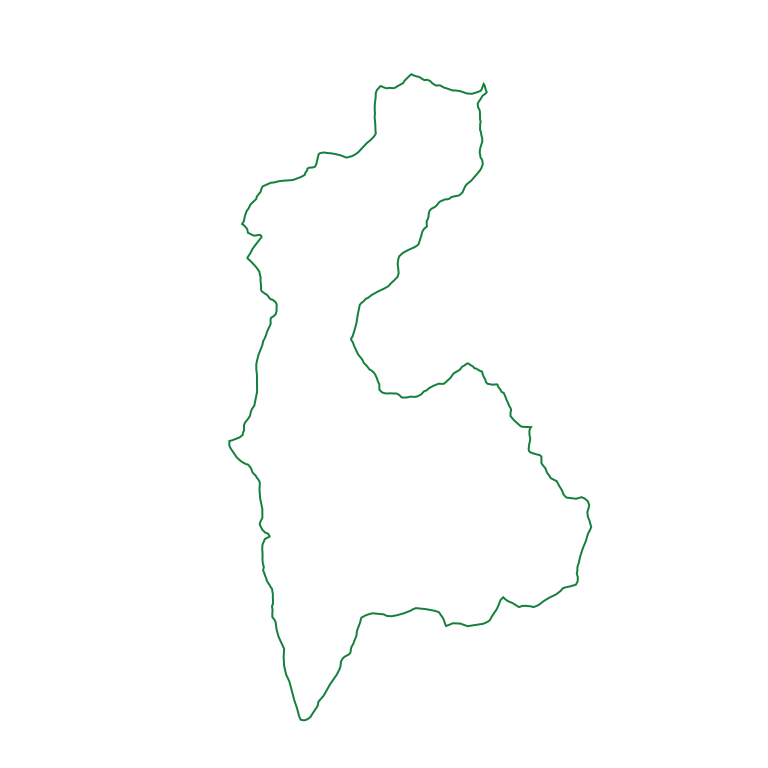 outline of Dangchhu, Wangdi Phodrang, Bhutan, rotated 155°
{"feature_id": "84629894B29332894979808", "entity_name": "Dangchhu", "entity_type": "district", "adm_level": 2, "iso_a3": "BTN", "parent_name": "Bhutan", "parent_adm1": "Wangdi Phodrang", "projection": "natural_earth1", "projection_center": [90.174, 27.6], "detail": "fine", "context": "isolated", "style": "outline", "palette": "green", "viewbox_px": 768, "rotation_deg": 155, "n_neighbors": 0, "source": "geoboundaries", "source_scale": "gbopen_adm2", "svg_char_len": 6166}
<svg xmlns="http://www.w3.org/2000/svg" viewBox="0 0 768 768"><g transform="rotate(155 384 384)"><path d="M261.7,655.5L263.0,654.7L266.1,653.5L268.5,651.2L270.6,647.0L274.2,641.3L276.5,636.5L277.6,633.6L279.9,629.4L281.8,623.9L285.1,616.1L285.4,614.7L286.6,613.7L288.5,612.5L293.1,610.8L297.8,609.6L309.2,605.0L312.1,604.4L316.2,604.0L321.4,604.8L322.5,605.2L326.9,609.8L330.9,612.9L334.4,615.4L337.8,617.3L340.9,619.4L344.5,620.2L346.1,619.9L352.2,612.2L354.4,610.2L356.6,610.2L360.5,611.7L362.3,611.6L363.1,610.4L364.4,609.5L366.2,608.5L367.4,607.0L371.5,606.7L379.8,607.3L382.9,608.3L389.3,610.8L394.0,612.3L398.4,613.1L401.6,614.2L410.5,614.4L412.8,612.5L414.6,610.3L419.8,607.8L421.8,605.6L429.0,603.2L432.8,600.2L435.3,598.9L439.1,595.0L442.2,590.8L445.0,589.0L443.7,586.6L442.5,582.4L443.4,578.6L439.2,573.4L433.5,571.6L432.6,570.0L432.9,568.9L442.9,563.8L446.5,561.7L450.0,558.9L453.9,556.6L454.6,555.6L452.6,550.7L451.2,546.5L450.2,542.7L449.5,538.5L450.3,535.6L450.8,532.6L452.0,530.5L454.1,524.4L455.6,521.5L455.6,519.6L453.6,516.1L452.3,514.2L451.2,509.1L449.2,507.2L447.6,503.9L447.6,501.5L450.7,495.3L452.7,493.0L456.0,491.9L458.4,491.8L459.8,490.0L461.2,486.5L468.2,480.5L470.0,478.4L472.9,475.7L475.4,473.9L477.8,470.7L485.2,463.7L489.2,458.9L491.4,455.9L493.6,451.1L495.1,446.4L502.3,430.6L510.8,419.1L514.2,417.2L516.3,415.2L518.9,411.8L521.1,410.3L526.4,407.7L528.4,405.7L530.4,401.1L531.9,400.0L533.6,397.6L537.6,396.6L545.9,397.2L548.2,397.7L550.2,393.6L550.2,390.4L548.4,379.4L546.0,373.9L543.3,370.1L541.3,368.4L540.2,364.3L540.5,359.1L539.0,355.1L538.8,352.4L538.3,350.6L538.1,348.5L538.4,346.7L541.6,340.6L544.6,332.6L547.1,322.1L550.8,314.1L553.9,311.7L555.7,309.9L556.0,308.5L555.9,303.2L554.3,299.3L552.5,297.6L552.0,295.0L552.2,294.0L555.1,294.0L557.7,293.7L559.5,291.9L560.8,290.9L562.3,289.4L564.4,285.3L565.0,283.4L566.4,280.2L568.4,276.1L569.6,272.8L570.3,268.8L572.3,266.3L572.5,262.3L572.8,261.0L572.8,257.7L573.2,256.4L573.3,254.6L572.6,249.6L572.6,248.2L572.1,245.7L573.6,240.3L575.0,237.5L576.0,234.8L577.8,231.3L578.8,230.7L579.7,229.3L580.3,226.7L582.5,222.6L583.7,219.9L583.1,217.6L582.8,215.1L583.0,213.7L585.1,206.9L586.4,199.2L586.4,186.3L590.5,178.6L593.6,170.8L595.5,162.2L595.5,154.3L599.0,135.0L599.8,127.2L601.3,119.0L601.4,115.0L598.8,113.0L596.4,112.5L593.8,112.7L590.7,113.6L588.9,115.0L580.3,120.2L577.6,123.8L570.3,127.1L560.0,134.5L549.6,140.6L544.5,144.6L542.5,146.9L540.3,150.6L537.1,152.9L534.8,153.5L530.5,153.7L528.2,154.5L525.2,158.8L523.7,160.1L521.4,161.6L520.1,163.2L516.6,166.3L514.9,168.2L513.0,171.5L506.3,178.1L504.5,180.5L503.2,181.8L498.5,182.1L494.4,181.7L491.2,181.0L481.7,175.4L479.4,172.6L475.5,170.4L469.8,168.9L462.8,167.8L456.0,167.3L453.1,167.6L449.8,167.4L441.4,162.4L433.7,156.9L430.7,154.0L429.4,146.2L430.0,140.6L430.0,138.4L422.5,138.0L416.1,134.6L410.6,129.2L395.3,124.7L390.5,124.7L387.9,125.2L384.3,127.9L377.1,132.2L373.6,135.2L369.6,139.0L366.1,140.3L365.1,137.7L363.5,134.9L360.0,131.0L356.0,124.8L352.0,124.3L349.4,123.1L344.7,120.3L343.0,118.7L340.3,118.4L337.0,118.4L330.7,119.8L324.4,120.5L320.0,120.5L316.5,120.7L311.5,121.8L308.2,123.3L305.6,123.0L301.3,122.0L294.9,121.0L291.9,123.3L290.0,126.9L289.4,130.8L288.2,132.2L285.8,136.7L283.0,139.7L279.3,144.5L273.8,150.5L267.1,156.7L262.5,162.0L259.1,164.6L256.7,166.7L255.5,173.4L255.4,177.1L253.9,182.0L251.1,184.9L249.1,187.7L248.9,191.9L250.4,195.2L252.7,197.9L258.4,198.8L266.4,203.8L267.2,205.2L268.0,208.2L267.6,211.9L268.3,218.0L268.5,222.8L272.7,228.3L272.8,230.4L273.6,234.0L273.6,237.6L273.3,239.1L274.7,244.5L274.7,245.9L272.0,251.6L272.8,253.6L277.4,257.4L280.1,260.1L280.8,261.5L280.5,263.8L278.1,267.7L275.8,270.7L274.5,272.8L273.8,275.9L272.4,279.4L271.2,281.2L269.0,282.8L276.3,286.5L277.9,287.9L279.6,291.7L281.7,296.9L282.9,301.5L281.4,304.7L279.7,306.8L279.5,308.7L279.8,310.9L279.6,313.9L279.6,318.0L279.3,322.0L279.3,325.4L280.8,327.1L280.9,330.0L281.6,332.7L281.5,335.6L282.5,336.3L285.6,337.3L290.0,340.4L290.8,342.4L290.3,345.6L290.6,347.8L290.4,350.9L289.9,353.8L291.7,355.6L294.0,359.1L295.4,360.1L295.9,362.2L297.6,364.6L299.1,367.2L300.9,367.4L303.2,366.8L306.0,366.6L309.5,364.8L315.8,364.3L317.2,363.8L321.3,361.4L327.1,359.6L329.6,358.9L331.4,359.6L334.4,361.2L340.1,361.5L344.8,361.2L348.4,360.2L350.6,360.5L354.8,358.8L358.9,358.7L360.9,359.0L365.4,361.4L368.8,362.1L373.1,363.9L373.7,364.7L375.1,368.1L376.8,370.2L378.7,371.0L381.2,372.4L386.3,374.6L389.1,376.9L390.6,380.7L389.1,384.1L388.3,386.1L388.5,387.9L388.0,392.4L388.0,396.4L388.4,398.8L389.8,401.8L391.1,403.5L391.3,404.9L392.2,408.5L393.3,411.2L393.4,415.4L394.8,421.0L395.0,423.1L395.0,431.3L394.6,435.0L395.1,437.9L394.7,439.0L392.5,440.3L388.5,444.6L382.9,451.3L379.0,457.2L372.6,465.9L370.8,466.8L367.2,467.7L364.9,468.8L361.8,468.9L357.3,469.9L349.8,470.4L343.6,470.4L338.8,470.8L334.4,472.6L331.4,473.5L326.4,475.4L323.9,478.2L322.0,483.5L321.0,486.8L318.5,490.9L316.1,493.4L311.5,494.8L306.0,495.2L298.4,495.1L296.0,495.4L293.8,495.9L288.0,502.1L284.8,506.0L282.3,507.6L278.5,508.7L277.7,510.9L276.5,513.6L274.4,515.1L272.6,517.2L272.0,518.7L269.9,521.4L267.2,522.8L263.2,522.9L261.0,523.5L257.1,525.5L255.1,525.7L250.6,525.5L248.1,524.5L246.2,524.3L244.6,524.9L241.0,524.4L237.1,523.3L235.0,523.4L231.9,524.5L226.7,529.0L224.3,530.1L219.0,531.4L208.6,536.1L206.3,537.3L204.1,538.9L201.5,541.6L200.5,544.8L200.4,546.5L200.8,548.2L199.3,553.7L197.5,556.6L192.3,562.4L191.2,565.2L190.4,569.2L189.8,570.8L189.5,573.8L186.8,579.3L185.7,580.4L185.1,583.3L182.7,588.6L181.8,590.9L181.6,592.6L181.8,594.8L180.9,597.9L180.1,599.0L175.8,601.6L173.1,603.5L168.8,604.4L167.5,605.2L167.5,607.5L166.6,612.2L166.9,613.8L170.9,609.9L172.4,608.9L175.5,609.0L181.0,609.7L182.0,610.0L186.1,612.3L191.1,617.1L194.6,619.5L197.8,621.1L202.1,625.3L204.5,627.4L206.9,630.9L208.5,631.7L210.4,632.2L212.0,634.3L213.1,636.1L214.0,638.8L215.1,640.3L216.6,641.6L218.9,642.3L220.8,644.8L221.6,646.4L223.0,648.0L224.5,649.0L227.2,651.7L228.2,653.2L230.1,652.7L237.2,650.2L239.5,648.6L246.0,648.2L248.7,647.8L250.3,648.1L252.7,649.3L253.6,650.0L256.6,650.8L258.4,652.5L260.8,655.2L261.7,655.5Z" fill="none" stroke="#15803d" stroke-width="2"/></g></svg>